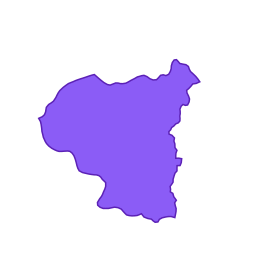 São José da Barra, Minas Gerais, Brazil, rotated 208°
{"feature_id": "56859067B48655576438167", "entity_name": "São José da Barra", "entity_type": "district", "adm_level": 2, "iso_a3": "BRA", "parent_name": "Brazil", "parent_adm1": "Minas Gerais", "projection": "orthographic", "projection_center": [-46.25, -20.76], "detail": "fine", "context": "isolated", "style": "filled", "palette": "violet", "viewbox_px": 256, "rotation_deg": 208, "n_neighbors": 0, "source": "geoboundaries", "source_scale": "gbopen_adm2", "svg_char_len": 2446}
<svg xmlns="http://www.w3.org/2000/svg" viewBox="0 0 256 256"><g transform="rotate(208 128 128)"><path d="M109.4,210.2L112.6,209.3L114.9,210.3L117.3,211.1L119.2,209.7L119.6,206.6L118.9,203.2L117.7,200.6L117.2,197.9L117.3,194.5L119.1,192.1L121.9,191.5L124.0,189.8L124.7,186.6L125.5,184.0L128.4,182.2L131.8,181.8L135.4,182.3L138.6,182.0L140.5,180.6L142.0,179.1L143.7,177.5L145.5,174.6L147.7,171.5L149.3,168.9L150.9,166.6L153.6,164.6L155.6,163.6L157.7,163.1L160.0,162.0L162.0,159.7L163.9,157.5L166.6,156.7L170.6,156.8L174.5,157.5L177.3,158.1L179.8,158.7L182.8,159.4L184.5,157.9L186.7,155.7L189.3,152.9L191.4,150.7L193.1,149.0L194.7,147.3L196.6,145.2L198.2,143.1L199.7,141.4L201.5,139.2L202.9,136.4L204.2,133.6L205.0,131.3L205.8,128.9L206.1,126.3L206.1,123.4L206.0,121.1L206.4,116.7L207.5,114.3L209.1,111.5L209.8,107.9L209.1,105.8L208.3,103.5L208.0,100.5L209.0,97.7L211.4,94.6L208.3,92.6L206.4,90.4L204.2,87.4L202.3,84.5L200.2,82.2L198.4,80.1L196.7,78.8L194.8,77.3L192.6,76.0L189.5,74.9L185.7,74.3L182.5,74.3L179.9,74.5L177.8,75.0L175.6,76.2L173.1,77.8L170.4,79.4L168.3,80.1L165.6,79.6L162.8,78.2L160.1,75.9L157.5,73.2L155.4,70.8L153.4,68.9L151.0,67.3L147.3,67.3L144.2,68.1L141.2,68.9L138.5,69.8L135.9,70.8L133.8,71.8L131.2,72.3L129.1,71.9L126.6,70.6L124.4,70.0L122.1,69.3L120.3,66.0L119.8,63.2L119.6,59.9L119.3,57.4L119.3,55.2L119.8,52.1L120.0,47.9L118.5,45.6L115.4,44.9L112.2,45.3L110.1,46.4L107.5,47.8L105.1,49.8L102.7,51.8L99.3,53.0L95.8,53.2L93.3,52.2L90.8,51.3L88.5,50.6L85.9,51.2L83.2,52.3L81.0,53.6L78.9,55.0L77.4,56.7L75.9,58.6L72.1,56.9L68.0,57.4L64.5,58.5L62.2,57.8L59.8,57.5L57.5,59.1L57.4,62.1L55.7,64.7L52.9,67.2L50.9,68.7L48.3,70.1L44.6,70.9L45.4,73.6L46.4,76.8L47.7,79.5L49.7,81.5L51.7,83.9L51.4,86.9L55.3,88.8L57.7,91.3L60.7,91.5L61.6,93.8L63.4,96.2L63.0,98.9L62.8,101.3L64.1,103.9L64.8,107.2L65.3,110.2L64.6,113.1L65.8,115.3L67.0,117.8L64.4,119.3L64.7,122.4L66.2,126.1L69.0,125.2L71.6,123.7L72.9,126.1L73.9,128.4L74.3,131.3L77.3,132.7L79.2,136.0L81.3,138.0L82.3,141.0L85.7,142.2L88.9,141.9L90.2,144.0L89.5,146.5L89.7,148.9L88.5,151.2L87.8,154.0L86.0,156.2L85.5,158.6L86.6,160.9L87.9,162.9L88.6,165.1L89.7,167.1L91.0,169.0L91.3,172.2L90.5,174.6L88.0,174.9L86.2,176.3L86.3,179.7L87.3,182.5L89.5,184.6L92.3,186.6L93.9,188.8L92.9,191.3L92.1,194.2L91.5,197.3L88.7,199.4L86.3,202.5L89.4,204.1L92.3,205.3L95.4,206.2L99.3,207.2L101.5,208.7L103.6,210.7L106.6,211.1L109.4,210.2Z" fill="#8b5cf6" stroke="#5b21b6" stroke-width="1.5"/></g></svg>